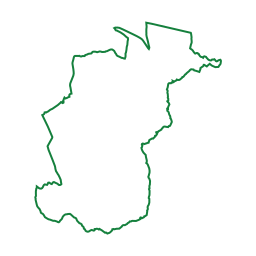 outline of Teso North, Western, Kenya, rotated 174°
{"feature_id": "3690345B58286800051126", "entity_name": "Teso North", "entity_type": "district", "adm_level": 2, "iso_a3": "KEN", "parent_name": "Kenya", "parent_adm1": "Western", "projection": "natural_earth1", "projection_center": [34.335, 0.681], "detail": "fine", "context": "isolated", "style": "outline", "palette": "green", "viewbox_px": 256, "rotation_deg": 174, "n_neighbors": 0, "source": "geoboundaries", "source_scale": "gbopen_adm2", "svg_char_len": 5817}
<svg xmlns="http://www.w3.org/2000/svg" viewBox="0 0 256 256"><g transform="rotate(174 128 128)"><path d="M211.9,149.8L207.6,137.9L204.2,126.9L204.5,126.0L209.9,118.3L209.3,114.6L206.2,103.6L204.7,97.9L204.5,96.4L204.5,95.2L204.2,93.2L204.0,92.3L203.5,91.5L202.6,89.4L202.1,88.6L201.2,86.2L200.4,83.7L200.3,82.4L200.3,81.2L200.1,79.2L200.9,78.6L201.8,78.4L202.9,78.7L203.6,79.6L204.5,80.3L205.6,80.9L207.3,82.0L208.2,81.8L209.7,80.2L210.4,80.5L212.2,82.0L213.1,81.9L213.6,80.9L214.4,79.9L216.7,80.6L217.7,80.0L218.2,79.3L218.8,78.2L219.7,77.2L220.6,76.8L221.7,76.9L222.8,77.5L223.6,78.1L224.0,78.7L224.8,79.4L224.9,78.4L225.7,76.9L225.8,76.1L226.2,75.0L226.5,72.2L226.6,70.5L226.8,69.7L227.4,68.9L227.4,68.1L227.2,67.3L227.4,66.3L226.9,62.4L226.8,61.5L226.4,59.5L225.2,57.6L224.6,57.0L223.8,54.9L223.6,53.9L223.5,53.0L223.0,52.3L222.0,51.8L221.4,51.1L220.9,50.3L219.9,48.0L217.3,46.0L216.3,45.4L215.3,45.1L212.1,43.5L211.2,43.5L210.4,43.3L208.4,42.4L207.6,41.8L206.7,41.5L205.8,42.1L205.2,43.0L204.3,43.6L203.2,44.6L202.3,46.3L201.6,47.1L200.9,47.7L200.0,48.3L199.1,48.6L197.4,48.6L196.5,48.8L195.6,48.6L194.8,48.7L193.9,48.0L191.0,44.7L189.9,44.2L189.0,43.5L188.7,42.3L188.3,41.2L187.8,40.3L187.1,39.6L186.3,38.4L185.1,37.9L184.1,36.9L184.0,35.8L183.5,35.2L182.7,34.4L182.4,33.5L182.4,32.5L181.5,31.8L180.9,30.2L180.2,29.6L179.1,29.1L178.1,29.1L177.5,29.3L175.9,30.1L174.8,30.4L172.7,29.5L171.9,29.9L171.7,31.0L170.7,30.9L169.7,31.1L168.5,30.8L167.6,30.1L166.8,30.6L166.1,29.9L165.1,29.3L161.7,26.2L160.9,26.4L160.3,26.0L159.6,25.2L157.4,25.7L156.4,26.3L154.4,27.9L154.2,28.9L153.1,29.1L152.2,28.7L149.9,29.0L147.2,28.8L144.5,30.6L143.9,31.4L143.2,31.8L142.4,31.9L141.3,31.7L138.9,32.7L138.3,33.4L137.0,33.9L136.0,34.9L134.9,34.7L134.1,35.1L133.2,35.2L132.1,35.0L129.8,34.7L127.6,35.3L126.9,35.5L125.4,36.1L125.4,37.1L124.9,37.7L124.2,37.5L123.6,36.8L121.5,37.6L121.0,38.5L120.2,38.5L118.5,39.5L117.6,43.0L117.6,44.0L116.9,44.8L116.7,46.1L116.8,47.1L116.5,48.1L115.4,49.5L114.6,51.6L114.5,52.4L114.4,53.3L114.2,55.4L114.7,56.1L114.5,57.1L113.7,58.9L113.5,60.1L113.1,63.3L113.5,65.1L112.9,65.7L112.9,67.0L112.7,68.4L112.2,69.3L111.6,73.0L112.1,75.4L112.8,76.5L112.8,77.7L112.3,78.4L112.1,79.2L111.3,81.2L111.0,83.2L111.1,85.5L112.2,89.6L112.8,90.6L113.5,91.3L112.9,92.2L112.7,93.8L113.2,97.6L113.2,99.3L115.2,101.9L115.8,103.2L116.3,104.5L116.6,105.8L116.7,106.9L116.1,107.5L115.5,109.2L116.0,109.9L115.8,110.6L115.0,111.0L114.1,110.7L113.2,110.3L112.1,110.7L111.0,110.8L110.2,111.2L109.1,111.2L108.0,113.8L105.0,115.1L104.2,114.8L102.2,116.4L101.9,117.4L100.9,117.5L99.7,119.1L100.1,119.7L100.4,120.8L99.6,121.0L98.8,120.7L98.0,121.6L96.9,122.0L95.0,122.9L94.5,123.7L93.3,124.7L92.8,125.3L92.1,125.6L91.2,125.6L90.0,125.2L88.0,124.7L87.3,125.6L86.3,125.6L85.7,126.2L83.9,129.2L83.8,130.0L84.3,132.4L84.9,133.2L84.7,134.1L84.9,135.7L85.4,136.6L85.7,137.8L85.8,138.8L86.0,139.6L86.5,140.5L87.1,141.0L87.0,143.0L86.2,142.8L86.1,144.0L85.6,145.2L84.4,147.1L84.6,148.1L85.0,148.9L85.7,149.7L86.1,150.5L85.1,151.0L84.9,153.0L85.3,153.9L85.0,154.8L84.9,157.9L85.2,158.8L84.8,160.1L84.7,161.3L85.3,162.1L84.9,163.1L84.4,163.9L83.7,166.3L83.5,167.1L83.2,167.8L82.4,168.3L80.6,168.0L79.7,168.8L79.1,168.5L78.1,168.8L78.4,170.1L77.3,169.4L75.1,170.2L74.4,171.1L73.4,170.5L71.7,170.5L70.9,171.0L69.0,172.3L68.6,173.0L67.6,173.1L65.5,175.3L64.7,175.6L64.1,176.3L61.1,178.3L60.4,179.1L59.1,179.8L56.7,179.3L56.2,178.4L54.5,177.8L51.2,176.3L49.9,178.8L49.7,180.0L48.2,180.9L47.1,181.4L46.4,182.1L46.1,182.9L45.4,182.8L44.8,182.2L43.2,181.0L42.6,181.5L40.0,183.3L39.2,182.4L38.2,181.4L37.1,180.7L34.8,179.4L31.7,179.3L30.5,180.9L29.8,181.4L29.2,182.3L29.0,183.3L28.7,184.1L28.6,185.4L29.0,186.2L30.1,186.1L31.1,185.8L32.1,185.2L32.8,185.0L33.6,185.4L34.5,186.9L35.0,187.4L35.9,187.1L36.7,187.3L37.5,187.2L38.0,186.6L39.1,186.6L40.6,187.3L41.3,188.0L41.8,188.8L42.4,189.5L43.0,190.6L44.7,191.3L45.5,190.9L46.0,190.0L47.0,190.8L48.0,191.1L48.7,191.7L49.6,193.2L49.8,194.1L50.5,194.4L50.9,195.2L51.8,195.4L53.4,195.0L54.1,195.8L55.0,197.3L55.4,198.2L56.2,199.2L57.1,199.9L57.9,200.7L57.5,202.0L56.6,204.6L56.1,205.5L55.7,206.6L55.6,208.1L55.6,210.2L55.4,211.0L55.3,211.8L55.4,214.9L55.6,216.1L93.6,229.2L98.8,230.8L98.9,226.7L99.4,224.4L99.7,222.0L99.8,220.2L100.0,218.9L99.9,216.9L99.1,211.8L98.9,209.3L98.5,206.7L98.4,205.6L99.0,204.4L99.6,205.2L103.9,213.4L104.8,214.7L106.0,215.8L107.3,216.8L109.6,218.4L113.4,220.8L122.8,226.6L126.1,228.5L128.1,229.0L130.2,229.2L131.2,228.8L130.7,228.2L130.3,227.1L129.9,226.4L128.5,225.9L127.8,225.3L126.6,224.6L125.4,223.8L122.5,221.4L120.0,218.6L118.7,217.5L118.7,216.2L119.0,215.2L119.3,214.4L120.0,210.6L120.4,209.8L120.8,208.7L121.3,206.2L122.1,203.4L122.7,202.3L122.9,199.8L123.2,198.7L123.9,197.3L124.9,197.6L126.0,198.2L127.0,198.4L129.3,199.9L130.1,200.3L131.1,200.9L131.8,201.9L132.1,202.9L132.7,203.7L133.0,204.5L133.7,206.2L134.3,206.7L134.9,207.3L135.7,207.8L136.7,207.9L138.2,207.6L140.8,206.6L142.2,206.5L142.9,206.1L143.8,206.2L145.0,206.2L146.2,206.4L146.9,206.8L148.1,207.1L150.8,206.6L152.1,207.2L153.3,207.4L154.3,207.5L155.3,207.4L156.6,206.0L159.7,205.9L160.8,205.4L162.9,205.0L163.6,204.1L165.9,204.3L167.0,204.0L167.9,204.2L168.9,204.9L169.6,204.8L173.2,205.2L174.0,204.8L174.5,203.9L175.2,201.8L176.2,199.3L176.5,198.2L176.5,197.0L176.2,192.2L176.2,189.6L176.3,187.8L176.9,185.8L180.7,178.5L181.0,177.5L181.2,176.0L181.0,174.5L180.6,168.1L181.4,168.0L182.4,167.6L183.0,166.8L182.9,165.9L183.0,165.1L183.9,165.0L185.5,164.3L187.2,163.9L188.0,164.9L189.0,163.2L189.2,162.5L189.6,161.8L190.5,161.0L189.4,160.8L189.5,160.0L190.3,159.6L192.0,160.7L192.5,160.2L195.3,158.2L201.4,154.9L202.2,154.7L203.7,154.1L205.7,152.8L206.7,152.5L207.6,152.0L208.4,152.3L209.3,152.2L209.5,151.4L210.1,150.6L211.0,150.1L211.9,149.8Z" fill="none" stroke="#15803d" stroke-width="2"/></g></svg>